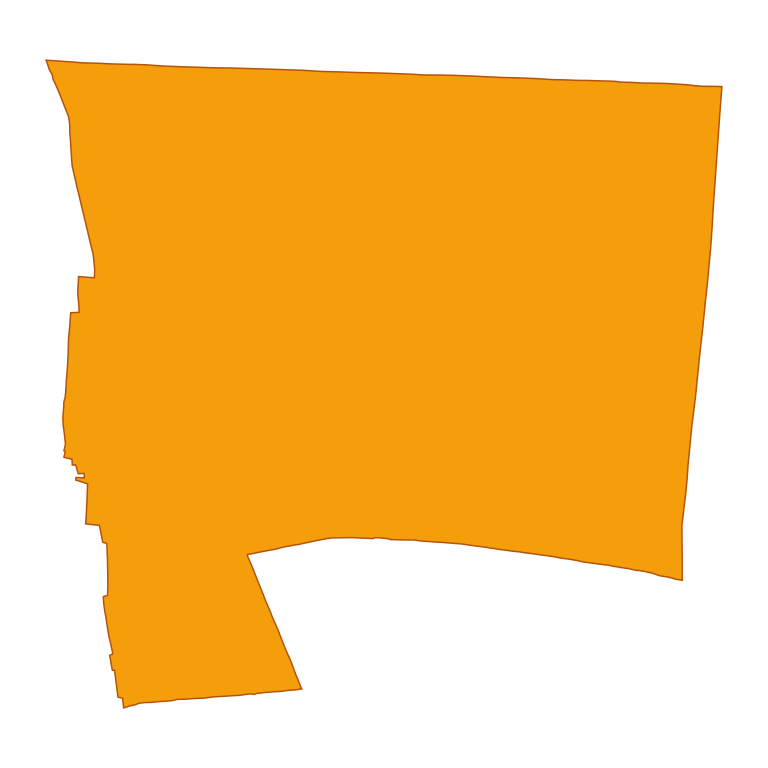 the district of Thawi Watthana, Bangkok Metropolis, Thailand
{"feature_id": "78962969B31670435766777", "entity_name": "Thawi Watthana", "entity_type": "district", "adm_level": 2, "iso_a3": "THA", "parent_name": "Thailand", "parent_adm1": "Bangkok Metropolis", "projection": "natural_earth1", "projection_center": [100.363, 13.77], "detail": "fine", "context": "isolated", "style": "filled", "palette": "amber", "viewbox_px": 768, "rotation_deg": 0, "n_neighbors": 0, "source": "geoboundaries", "source_scale": "gbopen_adm2", "svg_char_len": 5842}
<svg xmlns="http://www.w3.org/2000/svg" viewBox="0 0 768 768"><path d="M682.3,580.3L682.2,575.8L682.2,559.8L682.0,539.6L681.9,525.6L685.9,491.8L687.1,479.1L687.9,466.8L691.9,425.5L695.4,397.7L699.4,357.7L702.8,327.4L705.5,300.4L707.1,286.1L707.2,285.6L707.2,285.3L710.6,248.5L712.2,225.7L713.4,205.4L716.6,159.4L719.6,116.8L721.9,86.6L716.4,86.4L715.6,86.4L714.5,86.4L705.5,86.3L702.9,86.3L700.3,86.1L699.6,86.0L698.8,86.0L695.9,85.8L695.0,85.7L694.7,85.6L688.4,84.9L684.4,84.6L682.9,84.5L675.6,84.0L667.0,83.5L666.5,83.5L665.9,83.5L664.3,83.4L663.9,83.4L663.1,83.4L656.8,83.2L655.8,83.2L650.3,83.1L644.1,83.1L639.2,82.9L635.6,82.6L635.0,82.6L633.2,82.5L632.6,82.4L621.8,82.2L615.6,81.4L615.3,81.4L615.0,81.4L614.4,81.3L613.8,81.3L612.0,81.2L606.3,81.0L605.5,81.0L605.1,81.0L604.1,81.0L586.3,80.4L585.8,80.4L585.5,80.4L584.8,80.4L584.6,80.4L584.3,80.4L583.7,80.4L579.5,80.4L572.9,80.2L571.9,80.1L565.6,79.9L564.4,79.9L562.5,79.8L561.7,79.8L554.5,79.7L548.5,79.4L535.1,78.5L523.9,78.1L515.8,77.8L502.0,77.5L494.1,77.1L486.5,76.8L474.1,76.1L452.9,75.3L444.4,75.2L443.3,75.1L442.3,75.1L434.1,75.1L429.7,75.0L422.1,74.9L420.8,74.8L413.5,74.3L412.4,74.2L378.8,73.0L357.0,72.5L339.4,71.9L320.5,71.4L303.3,70.3L285.9,69.7L260.6,68.9L247.6,68.5L230.0,68.0L215.0,67.8L199.3,67.3L180.1,66.7L162.5,66.0L147.3,64.9L135.7,64.4L125.9,64.3L111.0,63.9L98.6,63.3L82.3,62.8L79.8,62.6L72.4,62.0L59.5,61.1L46.1,60.2L47.6,64.3L48.9,68.4L49.5,69.9L51.3,73.1L52.0,74.5L52.5,75.8L52.7,76.9L52.8,78.1L53.1,79.1L53.5,80.2L54.4,81.8L58.6,91.4L62.6,101.5L67.9,115.0L68.6,116.9L68.7,117.1L69.6,123.7L69.8,128.9L69.8,132.5L70.4,139.6L71.7,160.4L72.2,166.1L74.6,176.5L77.0,187.2L78.8,194.2L80.8,203.0L83.3,213.3L85.1,220.8L88.0,232.9L88.7,236.1L90.3,242.8L92.7,252.3L93.5,257.0L94.7,269.1L94.4,277.8L78.5,276.6L78.4,281.6L78.0,285.5L77.8,289.4L77.8,293.3L77.9,295.2L78.0,296.9L78.2,298.5L78.3,299.5L78.4,300.4L78.6,302.6L78.7,303.2L78.7,303.8L78.8,304.5L78.8,305.4L78.9,306.4L79.0,308.5L79.0,312.3L70.7,312.8L69.4,330.6L69.3,331.1L68.5,339.4L68.3,346.5L68.1,354.2L67.7,362.9L67.0,373.2L66.3,380.4L66.2,384.0L65.7,392.5L65.3,394.7L65.4,395.8L65.3,396.4L64.7,399.0L63.8,402.5L63.8,402.9L63.8,406.3L63.4,410.8L62.8,418.2L63.2,425.2L64.3,433.2L64.9,439.1L65.5,443.8L64.3,449.2L64.1,450.2L64.0,450.4L63.9,450.5L64.0,450.7L65.2,452.0L65.1,452.4L63.9,457.3L68.0,458.3L72.0,459.3L72.3,465.1L75.7,464.9L78.3,473.8L84.0,473.4L84.5,477.8L77.1,477.5L75.9,477.5L75.8,480.1L87.6,483.8L86.9,501.1L86.9,502.3L86.8,503.8L86.0,520.1L85.6,523.9L99.4,525.4L102.8,542.4L105.8,543.1L106.5,543.3L106.8,543.7L107.5,560.2L107.6,567.4L107.8,576.2L107.7,580.8L107.9,585.7L107.7,590.1L107.6,593.0L107.6,594.1L107.5,595.4L106.1,595.8L104.3,596.3L103.3,596.7L103.6,602.6L104.8,611.5L105.5,615.1L105.6,615.6L106.0,617.5L106.2,619.7L106.4,620.5L106.8,623.2L108.5,634.1L109.5,639.1L110.3,642.0L110.6,643.3L112.8,653.8L109.7,655.4L111.1,663.5L112.2,669.6L112.4,670.3L114.5,670.1L118.0,697.2L122.6,698.2L123.6,707.8L126.1,707.2L128.4,706.4L129.2,706.2L129.9,705.9L130.6,705.7L132.1,705.5L134.3,705.0L135.1,704.8L137.7,703.8L138.6,703.4L139.1,703.3L140.0,703.1L141.6,702.9L144.4,702.6L151.1,702.4L152.1,702.3L159.8,701.5L166.7,701.1L171.3,700.7L174.9,700.0L177.1,699.4L179.7,699.3L185.3,699.2L191.9,698.7L196.4,698.4L204.2,698.1L209.3,697.4L213.7,696.9L220.0,696.5L228.2,696.0L229.2,696.0L231.8,695.7L235.1,695.6L239.4,695.3L244.6,694.6L247.3,694.3L247.8,694.2L249.0,693.9L251.0,693.9L251.4,694.0L253.9,694.4L254.6,694.3L255.9,693.7L257.2,693.4L260.8,693.0L264.9,692.5L271.6,692.0L272.7,691.9L273.9,691.8L275.9,691.6L279.5,691.5L285.1,690.8L289.4,690.3L291.3,690.1L292.3,690.1L298.4,689.5L299.4,689.1L301.7,689.1L297.2,677.9L296.9,677.2L295.4,673.5L291.5,662.8L289.1,657.1L288.1,655.1L286.1,650.5L285.7,649.6L284.4,646.4L278.1,630.2L277.9,629.7L272.5,617.5L272.3,617.2L271.6,615.1L271.1,613.8L270.9,613.1L265.5,600.6L263.1,594.0L262.6,593.1L257.5,580.4L257.5,580.2L257.3,579.8L253.3,569.6L253.0,568.8L250.8,563.6L247.6,556.3L247.4,555.5L247.4,555.0L247.4,554.4L248.0,554.4L249.7,554.0L250.1,554.1L254.9,553.1L260.2,552.0L262.3,551.6L262.7,551.5L269.3,550.3L270.4,550.1L271.2,550.0L273.4,549.6L278.0,548.6L278.4,548.4L279.3,548.1L279.7,548.0L285.0,546.8L285.4,546.7L292.7,545.4L293.0,545.3L296.5,544.7L298.0,544.6L298.7,544.4L298.9,544.3L299.2,544.3L306.5,542.7L307.2,542.6L316.2,540.6L316.6,540.5L325.5,538.9L326.3,538.6L326.7,538.5L330.5,538.2L331.6,537.9L332.3,537.8L335.7,537.9L337.6,537.8L344.9,537.7L349.8,537.6L356.4,537.8L363.9,538.2L365.0,538.2L369.4,538.4L372.1,538.6L373.6,538.4L374.2,538.1L374.9,537.7L380.9,537.9L386.0,538.5L386.8,538.6L389.7,539.0L390.2,539.3L390.3,539.6L390.5,539.7L391.8,539.6L396.6,539.7L396.9,539.7L403.6,540.0L407.2,540.0L407.7,540.0L414.4,540.0L418.7,540.7L419.3,540.8L421.9,541.0L423.8,541.2L424.1,541.2L428.6,541.5L430.6,541.6L431.5,541.7L432.0,541.7L433.3,541.9L433.6,541.8L434.2,541.9L437.8,542.2L440.7,542.3L453.2,543.3L453.9,543.4L461.0,543.9L474.2,545.8L478.4,546.3L486.7,547.4L487.1,547.5L491.4,548.2L493.1,548.4L493.6,548.4L497.7,549.2L498.0,549.2L508.1,550.5L508.5,550.6L511.2,551.0L511.6,551.0L511.8,551.1L518.7,551.8L519.0,551.8L526.4,553.0L526.6,553.0L536.3,554.2L536.6,554.3L540.1,554.8L540.9,554.9L547.9,555.8L548.9,555.9L557.6,557.4L558.0,557.6L564.5,558.6L568.0,559.0L571.6,559.6L576.5,560.4L582.0,561.7L590.1,562.9L593.2,563.3L595.4,563.6L600.2,564.2L605.4,564.9L608.4,565.1L610.6,565.6L613.9,566.4L614.2,566.4L618.0,567.0L618.4,567.0L621.5,567.7L624.0,567.9L625.7,568.3L626.0,568.3L627.5,568.5L627.7,568.4L631.2,569.2L631.5,569.3L635.5,570.2L636.0,570.3L638.8,570.6L639.1,570.5L641.5,570.9L645.7,571.6L645.9,571.7L648.0,572.4L649.9,572.6L650.4,572.7L651.6,573.0L660.0,575.8L660.3,575.9L663.2,576.3L663.7,576.4L668.4,577.1L668.7,577.1L669.2,577.4L671.8,578.0L674.1,578.7L674.7,579.0L682.3,580.3Z" fill="#f59e0b" stroke="#b45309" stroke-width="1.5"/></svg>